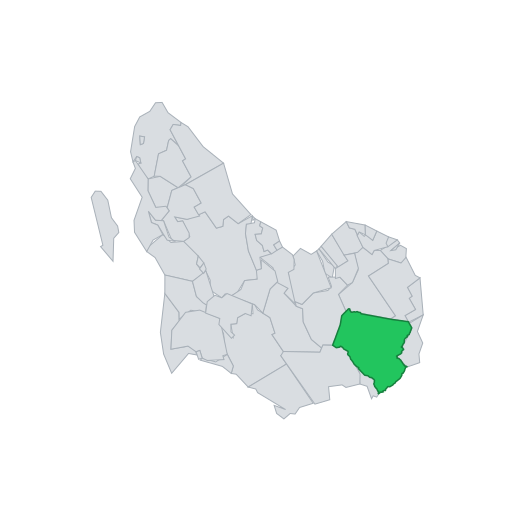 where Algeria sits in Africa, rotated 149°
{"feature_id": "DZA", "entity_name": "Algeria", "entity_type": "country or territory", "adm_level": 0, "iso_a3": "DZA", "parent_name": "Africa", "parent_adm1": "", "projection": "equal_earth", "projection_center": [1.791, 28.04], "detail": "fine", "context": "in_parent", "style": "filled", "palette": "green", "viewbox_px": 512, "rotation_deg": 149, "n_neighbors": 49, "source": "natural_earth", "source_scale": "50m", "svg_char_len": 14445}
<svg xmlns="http://www.w3.org/2000/svg" viewBox="0 0 512 512"><g transform="rotate(149 256 256)"><path d="M323.5,267.0L343.9,286.6L343.3,306.6L347.4,316.1L344.1,319.2L324.8,322.4L322.0,311.4L310.5,305.8L306.4,296.3L305.5,285.7L311.1,279.7L309.8,268.0L323.5,267.0Z" fill="#d9dde1" stroke="#a8b0b8" stroke-width="1"/><path d="M159.3,120.7L159.0,128.2L146.8,128.0L146.5,140.8L142.9,141.2L142.4,151.1L126.7,152.8L143.0,119.4L159.3,120.7Z" fill="#d9dde1" stroke="#a8b0b8" stroke-width="1"/><path d="M305.5,285.7L310.5,305.8L302.7,306.8L300.8,323.8L305.5,325.8L305.6,331.4L296.2,322.9L276.9,320.1L275.6,300.3L269.2,298.5L265.0,304.0L259.0,304.4L254.6,292.9L238.5,292.4L244.1,285.7L247.9,288.1L253.5,280.6L259.9,264.2L263.4,239.9L266.9,235.5L278.4,240.8L291.0,234.3L297.8,234.5L301.9,239.4L306.9,237.8L312.8,250.4L307.7,258.8L305.5,285.7Z" fill="#d9dde1" stroke="#a8b0b8" stroke-width="1"/><path d="M353.4,270.9L351.0,247.3L355.4,239.7L366.4,235.7L376.9,219.9L360.7,213.8L356.0,206.5L358.0,201.9L364.0,207.2L388.7,198.9L385.7,219.5L377.3,239.8L353.4,270.9Z" fill="#d9dde1" stroke="#a8b0b8" stroke-width="1"/><path d="M343.9,286.6L323.5,267.0L327.9,252.0L323.7,239.6L328.6,233.0L339.8,243.1L354.4,241.4L351.0,247.3L353.4,270.9L343.9,286.6Z" fill="#d9dde1" stroke="#a8b0b8" stroke-width="1"/><path d="M286.5,218.8L283.5,216.5L282.2,215.0L282.4,209.0L275.8,196.0L279.5,180.0L282.8,180.4L281.7,157.8L286.1,157.8L285.5,147.7L330.2,147.7L333.9,164.9L337.7,168.1L332.1,173.4L330.9,190.9L323.8,206.2L323.1,216.4L317.6,197.8L312.7,210.5L307.4,208.0L303.5,212.6L294.9,212.3L288.3,208.1L283.9,216.7L286.5,218.8Z" fill="#d9dde1" stroke="#a8b0b8" stroke-width="1"/><path d="M281.7,160.0L282.8,180.4L279.5,180.0L275.8,196.0L279.6,203.5L260.9,220.5L250.5,223.0L245.2,211.8L251.0,209.6L247.4,192.2L243.2,186.8L249.5,175.1L251.5,155.9L247.1,143.3L250.8,140.6L281.7,160.0Z" fill="#d9dde1" stroke="#a8b0b8" stroke-width="1"/><path d="M251.5,409.1L253.4,406.7L259.2,411.4L264.6,408.5L265.6,390.2L268.7,400.5L271.4,400.0L278.2,392.7L286.9,393.8L302.2,376.8L308.8,377.6L310.7,388.2L309.7,395.6L306.8,395.0L305.1,400.1L307.0,402.7L313.0,400.0L309.8,410.0L293.3,429.5L284.0,435.1L272.5,434.7L263.2,439.1L257.4,436.0L257.6,424.1L251.5,409.1ZM297.8,411.0L294.5,410.4L290.2,415.5L293.9,418.7L297.8,411.0Z" fill="#d9dde1" stroke="#a8b0b8" stroke-width="1"/><path d="M297.8,411.0L293.9,418.7L290.2,415.5L294.5,410.4L297.8,411.0Z" fill="#d9dde1" stroke="#a8b0b8" stroke-width="1"/><path d="M308.8,377.6L297.1,373.7L287.6,354.6L294.4,355.6L307.3,343.1L316.9,349.3L315.0,367.7L308.8,377.6Z" fill="#d9dde1" stroke="#a8b0b8" stroke-width="1"/><path d="M302.2,376.8L286.9,393.8L278.2,392.7L271.4,400.0L268.7,400.5L265.6,390.2L266.3,375.5L270.0,375.4L270.9,357.2L287.6,354.6L297.1,373.7L302.2,376.8Z" fill="#d9dde1" stroke="#a8b0b8" stroke-width="1"/><path d="M266.3,375.5L264.6,408.5L259.2,411.4L253.4,406.7L251.5,409.1L247.7,401.8L245.0,376.9L236.0,352.3L286.9,353.8L270.9,357.2L270.0,375.4L266.3,375.5Z" fill="#d9dde1" stroke="#a8b0b8" stroke-width="1"/><path d="M126.7,190.8L123.3,184.9L129.4,176.0L135.3,175.3L144.3,185.5L146.6,196.8L126.6,197.1L126.1,193.1L137.7,191.2L126.7,190.8Z" fill="#d9dde1" stroke="#a8b0b8" stroke-width="1"/><path d="M146.6,196.8L144.3,185.5L146.3,181.5L169.9,180.9L167.2,132.8L172.9,132.7L203.1,159.4L203.2,162.6L207.4,162.1L205.1,180.6L187.0,183.6L175.6,191.4L170.1,207.6L159.9,208.4L155.8,197.5L151.8,199.9L146.6,196.8Z" fill="#d9dde1" stroke="#a8b0b8" stroke-width="1"/><path d="M126.7,152.8L142.4,151.1L142.9,141.2L146.5,140.8L146.8,128.0L159.0,128.2L159.3,120.7L172.9,132.7L167.2,132.8L169.9,180.9L146.3,181.5L144.3,185.5L135.3,175.3L128.0,177.6L129.5,157.4L126.7,152.8Z" fill="#d9dde1" stroke="#a8b0b8" stroke-width="1"/><path d="M201.5,229.1L198.3,229.7L197.5,214.0L194.0,207.0L202.1,197.8L205.8,205.7L201.6,217.3L201.5,229.1Z" fill="#d9dde1" stroke="#a8b0b8" stroke-width="1"/><path d="M247.1,143.3L251.5,155.9L249.5,175.1L243.2,186.8L247.4,192.2L245.9,196.6L241.5,190.8L225.9,194.8L212.1,189.4L206.9,191.1L205.0,200.8L195.0,194.6L192.6,183.9L205.1,180.6L207.4,162.1L236.3,140.3L244.5,145.2L247.1,143.3Z" fill="#d9dde1" stroke="#a8b0b8" stroke-width="1"/><path d="M201.5,229.1L207.9,190.0L225.9,194.8L241.5,190.8L247.4,198.6L236.8,225.3L227.0,228.1L224.2,236.9L214.0,239.6L207.9,229.0L201.5,229.1Z" fill="#d9dde1" stroke="#a8b0b8" stroke-width="1"/><path d="M247.0,194.6L251.0,209.6L245.2,211.8L251.1,221.6L247.5,237.1L253.3,252.9L228.7,250.0L224.1,238.3L225.2,233.2L230.4,225.0L236.8,225.3L247.0,194.6Z" fill="#d9dde1" stroke="#a8b0b8" stroke-width="1"/><path d="M194.5,204.3L198.3,229.7L195.1,230.8L190.9,205.8L194.5,204.3Z" fill="#d9dde1" stroke="#a8b0b8" stroke-width="1"/><path d="M191.2,204.2L195.1,230.8L179.9,235.7L179.7,204.5L191.2,204.2Z" fill="#d9dde1" stroke="#a8b0b8" stroke-width="1"/><path d="M159.9,208.4L167.0,206.8L180.1,211.4L179.9,235.7L160.9,239.0L161.5,232.0L157.5,228.0L159.9,208.4Z" fill="#d9dde1" stroke="#a8b0b8" stroke-width="1"/><path d="M138.2,196.0L151.8,199.9L155.8,197.5L159.9,208.4L158.8,221.6L155.2,223.5L153.1,217.1L150.2,218.1L147.9,209.3L139.6,215.2L132.5,204.1L138.2,196.0Z" fill="#d9dde1" stroke="#a8b0b8" stroke-width="1"/><path d="M126.6,197.1L138.2,196.0L137.9,200.0L132.5,204.1L126.6,197.1Z" fill="#d9dde1" stroke="#a8b0b8" stroke-width="1"/><path d="M158.2,221.6L157.5,228.0L161.5,232.0L160.9,239.0L146.5,226.3L151.3,217.8L155.2,223.5L158.2,221.6Z" fill="#d9dde1" stroke="#a8b0b8" stroke-width="1"/><path d="M139.6,215.2L147.9,209.3L151.3,217.8L146.5,226.3L139.6,215.2Z" fill="#d9dde1" stroke="#a8b0b8" stroke-width="1"/><path d="M170.1,207.6L174.6,192.7L187.0,183.6L192.6,183.9L195.0,194.6L199.5,195.8L194.5,204.3L179.7,204.5L180.1,211.4L170.1,207.6Z" fill="#d9dde1" stroke="#a8b0b8" stroke-width="1"/><path d="M297.8,234.5L286.2,235.1L278.4,240.8L266.9,235.5L263.0,243.6L257.9,242.4L253.5,250.1L247.4,233.3L250.5,223.0L260.9,220.5L279.6,203.5L282.2,215.0L297.8,234.5Z" fill="#d9dde1" stroke="#a8b0b8" stroke-width="1"/><path d="M263.0,243.6L259.9,264.2L253.5,280.6L247.9,288.1L240.2,285.3L237.5,288.5L234.3,282.9L237.3,280.0L235.8,276.5L240.1,272.2L245.6,275.0L247.4,269.0L245.1,261.8L246.8,255.7L242.9,255.1L242.1,250.1L253.3,252.9L257.9,242.4L263.0,243.6Z" fill="#d9dde1" stroke="#a8b0b8" stroke-width="1"/><path d="M235.0,250.1L241.6,249.8L242.9,255.1L246.8,255.7L245.1,261.8L247.4,269.0L245.6,275.0L240.1,272.2L235.8,276.5L237.3,280.0L234.3,282.9L225.4,267.8L228.1,256.7L235.1,256.4L235.0,250.1Z" fill="#d9dde1" stroke="#a8b0b8" stroke-width="1"/><path d="M228.7,250.0L235.0,250.1L235.1,256.4L228.1,256.7L228.7,250.0Z" fill="#d9dde1" stroke="#a8b0b8" stroke-width="1"/><path d="M310.5,305.8L320.0,312.8L317.1,333.8L319.0,335.2L307.2,339.4L307.3,343.1L294.4,355.6L279.8,353.5L275.0,346.1L275.7,329.6L283.8,329.7L283.7,319.3L296.2,322.9L305.6,331.4L305.5,325.8L300.8,323.8L301.5,310.1L303.8,306.2L310.5,305.8Z" fill="#d9dde1" stroke="#a8b0b8" stroke-width="1"/><path d="M318.2,310.5L324.0,315.3L324.3,333.1L328.4,338.5L325.2,349.8L323.7,338.5L317.1,333.8L320.8,317.2L318.2,310.5Z" fill="#d9dde1" stroke="#a8b0b8" stroke-width="1"/><path d="M324.8,322.4L336.0,322.7L347.4,316.1L347.9,338.9L342.2,349.4L323.3,365.0L324.0,387.0L314.3,393.2L313.0,400.0L310.2,400.0L308.8,377.6L315.0,367.7L316.9,349.3L307.5,345.0L307.2,339.4L319.0,335.2L323.7,338.5L325.2,349.8L328.4,338.5L324.3,333.1L324.8,322.4Z" fill="#d9dde1" stroke="#a8b0b8" stroke-width="1"/><path d="M310.2,400.0L307.0,402.7L305.1,400.1L306.8,395.0L310.2,400.0Z" fill="#d9dde1" stroke="#a8b0b8" stroke-width="1"/><path d="M237.5,288.5L240.3,288.2L238.5,292.4L237.5,288.5ZM239.0,294.1L254.6,292.9L259.0,304.4L265.0,304.0L269.2,298.5L275.6,300.3L276.9,320.1L284.0,320.9L283.8,329.7L275.7,329.6L275.0,346.1L279.8,353.5L236.0,352.3L244.2,321.3L239.0,294.1Z" fill="#d9dde1" stroke="#a8b0b8" stroke-width="1"/><path d="M310.0,274.7L311.1,279.7L305.5,285.7L304.3,276.9L310.0,274.7Z" fill="#d9dde1" stroke="#a8b0b8" stroke-width="1"/><path d="M381.3,325.1L384.4,344.1L381.7,344.1L367.1,391.1L360.4,394.4L355.6,391.3L354.3,380.2L360.2,363.3L359.2,352.9L361.5,346.8L368.8,344.5L381.3,325.1Z" fill="#d9dde1" stroke="#a8b0b8" stroke-width="1"/><path d="M126.1,193.1L133.0,189.3L137.7,191.2L126.1,193.1Z" fill="#d9dde1" stroke="#a8b0b8" stroke-width="1"/><path d="M226.1,106.4L218.5,88.2L221.4,74.8L225.2,72.9L227.6,75.8L230.5,74.1L227.9,87.1L232.9,92.8L226.1,106.4Z" fill="#d9dde1" stroke="#a8b0b8" stroke-width="1"/><path d="M331.3,186.5L332.1,173.4L337.7,168.1L341.7,178.7L357.4,195.4L354.7,196.2L345.1,186.0L331.3,186.5Z" fill="#d9dde1" stroke="#a8b0b8" stroke-width="1"/><path d="M143.0,119.4L156.5,108.2L157.9,95.5L166.8,88.1L170.6,80.3L183.9,83.1L186.8,97.0L159.5,113.6L159.4,119.4L143.0,119.4Z" fill="#d9dde1" stroke="#a8b0b8" stroke-width="1"/><path d="M330.2,147.7L285.5,147.7L282.8,100.3L296.7,103.7L303.9,100.4L307.8,103.4L316.0,102.0L319.4,110.4L317.4,118.6L309.7,109.1L325.0,138.0L324.7,142.1L330.2,147.7Z" fill="#d9dde1" stroke="#a8b0b8" stroke-width="1"/><path d="M281.8,98.7L286.1,157.8L281.7,160.0L250.8,140.6L244.5,145.2L229.8,135.7L226.0,127.2L227.6,101.2L232.9,92.8L246.6,97.0L248.6,101.2L261.1,106.6L266.8,94.8L281.8,98.7Z" fill="#d9dde1" stroke="#a8b0b8" stroke-width="1"/><path d="M376.9,219.9L366.4,235.7L345.4,244.0L332.1,238.6L319.2,221.1L331.3,186.5L335.8,187.6L336.8,183.7L351.5,191.5L354.7,196.2L352.8,204.0L356.7,204.7L360.7,213.8L376.9,219.9Z" fill="#d9dde1" stroke="#a8b0b8" stroke-width="1"/><path d="M354.7,196.2L358.4,197.0L356.7,204.7L352.8,204.0L354.7,196.2Z" fill="#d9dde1" stroke="#a8b0b8" stroke-width="1"/><path d="M323.5,267.0L306.6,269.1L313.0,242.1L323.7,239.6L325.6,243.3L327.9,252.0L323.5,267.0Z" fill="#d9dde1" stroke="#a8b0b8" stroke-width="1"/><path d="M309.8,268.0L311.1,274.0L304.3,276.9L305.4,270.5L309.8,268.0Z" fill="#d9dde1" stroke="#a8b0b8" stroke-width="1"/><path d="M311.4,243.5L306.9,237.8L300.2,238.8L283.9,216.7L291.0,207.3L294.9,212.3L303.5,212.6L307.4,208.0L312.7,210.5L316.5,203.9L315.1,199.2L319.4,198.1L323.1,216.4L319.2,221.1L328.6,233.0L321.3,242.0L311.4,243.5Z" fill="#d9dde1" stroke="#a8b0b8" stroke-width="1"/><path d="M221.9,74.8L222.0,75.1L222.0,75.3L221.7,75.5L221.2,76.2L220.8,76.6L220.7,76.8L221.0,77.1L221.2,77.5L221.1,78.3L221.0,79.0L220.9,79.8L220.9,80.1L221.0,80.5L221.2,80.8L221.2,81.2L221.2,82.0L221.4,82.5L221.5,83.0L221.2,83.5L221.1,84.0L221.1,84.7L221.0,85.2L220.9,85.6L220.6,86.0L220.4,86.2L220.0,86.4L219.6,86.7L219.3,87.4L218.6,88.1L218.5,88.3L218.4,88.8L218.5,89.5L218.6,90.0L219.0,90.8L219.3,91.7L219.4,92.1L219.5,92.3L219.9,92.6L220.6,93.0L220.8,93.2L221.1,93.8L221.5,94.9L221.6,95.6L222.3,96.2L222.9,96.7L223.5,97.2L224.1,97.7L224.2,97.9L224.5,99.0L224.7,100.1L225.0,101.3L225.3,102.5L225.6,103.9L225.7,104.7L226.0,105.7L226.2,106.8L225.9,107.0L225.5,107.4L225.8,108.0L226.4,108.9L226.7,109.7L226.9,110.0L227.1,111.0L227.4,111.9L227.5,112.2L227.6,113.0L227.5,115.0L227.7,117.5L228.0,118.8L227.7,119.9L227.4,121.0L227.4,121.6L227.6,122.4L227.8,123.1L228.0,123.4L228.0,124.5L227.9,124.9L227.3,125.4L226.6,126.0L226.4,126.4L226.3,126.9L226.4,127.3L227.0,128.2L227.7,129.5L228.6,130.9L228.7,131.3L228.7,132.4L229.1,133.7L229.5,134.2L229.6,134.7L229.9,135.0L230.2,135.2L230.3,135.2L231.2,134.8L232.8,135.4L234.3,136.0L234.5,136.2L234.8,136.9L235.4,138.2L235.8,139.1L236.2,140.0L234.3,141.6L232.4,143.1L230.4,144.6L228.5,146.2L226.6,147.7L224.7,149.3L222.7,150.8L220.8,152.4L219.5,153.4L218.7,154.3L217.7,155.4L216.7,156.6L216.0,157.5L215.0,158.6L214.5,159.2L213.4,160.5L213.0,160.7L211.6,161.1L210.2,161.5L208.9,161.8L208.1,162.0L207.3,162.2L206.1,162.5L205.2,162.7L204.3,163.0L204.1,163.0L203.8,163.0L203.6,162.9L203.3,162.6L203.0,162.4L203.0,162.2L203.1,161.9L203.3,161.6L203.3,161.3L203.4,161.2L203.6,161.0L203.6,160.8L203.5,160.5L203.4,160.1L203.4,159.3L203.4,159.0L203.4,158.9L203.1,158.6L202.6,158.3L202.1,158.1L201.9,158.0L201.3,157.9L200.6,157.7L200.3,157.5L199.9,156.8L199.6,156.6L198.5,156.5L198.2,156.3L197.9,156.2L197.6,155.9L197.4,155.5L197.4,155.2L196.1,154.2L195.8,153.9L195.6,153.7L195.6,153.3L195.7,152.8L195.6,152.4L195.6,152.2L195.0,151.8L193.8,150.7L192.5,149.6L191.3,148.5L190.1,147.4L188.8,146.3L187.6,145.3L186.4,144.2L185.2,143.1L183.9,142.0L182.7,140.9L181.5,139.9L180.3,138.8L179.1,137.7L177.9,136.6L176.7,135.6L175.5,134.5L174.4,133.6L173.3,132.6L172.5,131.9L171.7,131.2L170.8,130.5L170.2,130.0L169.5,129.5L168.8,128.9L168.1,128.4L167.4,127.8L166.8,127.3L166.1,126.7L165.4,126.2L164.7,125.6L164.0,125.1L163.3,124.5L162.7,124.0L162.0,123.4L161.3,122.9L160.6,122.3L159.9,121.8L159.3,121.2L159.3,120.2L159.3,119.4L159.4,118.2L159.4,117.2L159.4,116.1L159.5,115.4L159.5,114.7L159.5,114.3L159.6,114.2L160.0,113.9L160.6,113.4L160.8,113.2L161.1,112.9L162.1,112.2L162.3,112.0L163.3,111.1L163.5,111.0L164.0,110.9L164.2,110.7L164.5,110.4L164.9,110.0L165.2,109.8L165.3,109.8L165.5,109.8L166.3,109.9L166.7,110.0L167.1,110.0L167.3,110.0L167.4,109.9L167.6,109.6L167.6,109.3L167.6,109.0L167.7,108.9L167.9,108.8L168.2,108.9L168.7,108.8L168.9,108.8L169.5,108.7L170.3,108.6L171.0,108.3L171.5,108.1L172.1,107.6L172.5,107.1L173.0,106.3L173.3,105.7L174.0,105.2L174.6,105.0L175.0,104.9L175.7,104.5L176.4,104.0L177.0,103.5L177.4,103.4L178.0,103.3L178.1,103.2L178.3,103.1L178.3,102.7L178.1,102.5L177.9,102.4L177.6,102.3L177.6,102.1L177.6,101.8L177.6,101.6L177.7,101.3L177.7,100.9L177.6,100.6L177.5,100.3L177.5,100.1L177.6,99.9L177.8,99.7L178.1,99.7L178.4,99.7L179.0,99.7L180.6,99.0L180.7,98.8L180.8,98.4L180.9,98.0L181.1,97.9L181.7,97.8L182.4,97.6L182.7,97.6L183.4,97.6L184.0,97.7L184.9,97.7L185.6,97.8L186.2,97.8L186.9,97.8L187.1,97.7L187.1,97.4L187.0,96.9L187.0,96.6L187.3,96.3L187.7,96.0L187.5,95.6L187.2,95.3L186.9,95.0L186.7,94.8L186.3,94.5L186.1,94.0L186.0,93.1L185.7,92.5L185.5,91.9L185.7,90.7L185.5,90.0L185.4,89.7L185.4,89.3L185.5,88.7L185.5,87.8L185.2,86.9L185.3,86.6L185.4,86.4L185.1,86.0L185.0,85.8L185.1,85.5L185.2,85.2L184.7,84.7L184.0,84.1L183.8,83.8L183.7,83.4L184.4,83.5L184.8,83.5L185.7,83.0L186.3,82.5L186.9,82.2L187.3,81.6L187.8,81.2L188.4,80.8L190.1,79.9L190.4,79.8L191.0,80.1L191.5,80.0L191.8,79.7L192.2,78.9L192.8,78.4L193.5,78.0L194.5,77.5L195.1,77.1L196.1,76.8L198.6,76.5L199.9,76.3L200.8,76.4L201.7,75.7L202.2,75.5L204.1,75.5L205.0,75.0L208.5,75.0L208.9,75.2L209.3,75.4L210.0,76.0L210.4,76.2L210.8,76.0L211.9,75.5L213.1,75.2L213.7,74.8L214.0,74.3L214.5,74.1L214.9,74.5L216.1,74.9L216.9,74.8L217.2,74.7L217.1,74.1L217.9,74.3L218.5,74.5L219.2,75.1L219.6,75.2L220.3,74.9L221.9,74.8Z" fill="#22c55e" stroke="#15803d" stroke-width="1.5"/></g></svg>